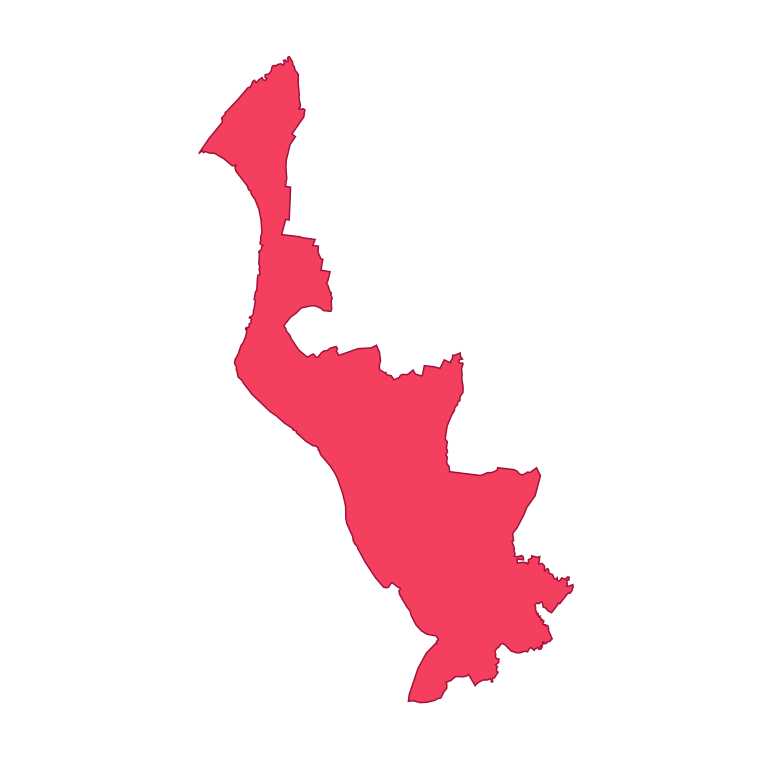 Ban Laem, Phetchaburi, Thailand, rotated 188°
{"feature_id": "78962969B10571681273524", "entity_name": "Ban Laem", "entity_type": "district", "adm_level": 2, "iso_a3": "THA", "parent_name": "Thailand", "parent_adm1": "Phetchaburi", "projection": "robinson", "projection_center": [99.981, 13.152], "detail": "fine", "context": "isolated", "style": "filled", "palette": "rose", "viewbox_px": 768, "rotation_deg": 188, "n_neighbors": 0, "source": "geoboundaries", "source_scale": "gbopen_adm2", "svg_char_len": 6154}
<svg xmlns="http://www.w3.org/2000/svg" viewBox="0 0 768 768"><g transform="rotate(188 384 384)"><path d="M186.2,180.9L181.3,189.5L181.3,191.2L179.4,190.9L172.4,202.9L170.9,202.5L169.3,205.0L168.5,209.2L169.0,211.6L173.8,209.1L174.6,209.3L174.7,211.9L175.8,214.6L173.6,215.7L173.7,218.3L175.1,218.7L177.4,216.0L181.1,216.7L182.3,214.3L183.9,213.1L185.1,213.6L185.5,216.3L186.8,214.8L188.3,214.8L190.6,218.8L194.2,219.6L195.2,223.0L196.1,223.9L196.7,223.8L198.5,221.1L199.6,222.5L199.1,223.6L199.9,226.2L202.4,228.3L205.7,227.3L205.7,234.7L208.3,233.7L213.7,234.4L213.6,231.9L216.5,230.2L216.1,226.3L216.7,225.6L218.3,227.0L219.5,226.4L220.7,227.0L227.1,225.3L227.7,229.1L221.3,229.3L222.1,232.1L223.6,233.3L228.4,231.3L231.1,231.9L230.6,233.9L232.4,237.8L231.8,238.9L235.3,245.9L233.8,246.9L235.7,253.2L235.3,254.9L232.4,259.7L227.4,273.6L225.5,281.5L218.8,294.3L216.3,314.9L221.3,322.3L227.0,316.7L229.5,316.8L233.1,313.8L235.8,313.3L237.5,313.8L239.6,315.9L243.1,317.3L259.8,316.9L259.9,314.5L261.7,313.2L264.9,311.3L269.4,310.5L274.3,307.4L276.5,306.8L306.8,306.3L308.1,311.5L310.3,313.5L311.1,315.5L311.1,320.4L312.9,322.4L311.6,325.8L313.3,329.4L313.2,335.7L315.5,337.6L315.8,338.7L315.6,351.3L312.5,363.3L310.6,367.2L310.6,370.6L308.4,373.6L308.2,376.9L306.5,378.0L306.9,382.2L304.6,386.7L305.4,392.7L307.8,400.2L308.0,404.4L309.4,410.1L308.5,415.0L309.1,415.7L311.9,415.2L313.0,416.5L312.6,418.8L309.8,419.6L312.1,422.0L312.9,425.3L318.0,422.3L319.9,422.2L319.9,418.0L321.1,416.3L321.3,414.3L327.7,416.3L330.7,407.3L336.4,408.0L346.6,407.8L347.2,398.1L347.8,397.2L354.4,398.2L357.1,401.9L362.1,396.5L367.5,396.0L369.0,394.6L369.8,392.6L374.6,389.5L378.0,393.2L382.1,393.5L383.7,394.6L383.7,395.6L384.9,395.2L390.5,397.7L391.2,402.2L390.7,406.6L391.4,409.4L393.0,415.0L396.9,421.3L401.9,417.9L414.6,415.4L432.8,406.0L435.8,410.2L434.9,412.5L436.7,414.5L442.4,411.9L444.8,409.3L448.4,408.2L450.6,405.9L453.1,401.3L455.6,401.3L457.2,403.4L458.5,403.8L463.7,399.9L473.0,405.7L482.3,416.1L484.1,419.2L487.6,422.4L489.3,425.6L491.4,427.8L485.7,437.3L480.8,442.1L476.4,447.9L466.9,451.3L463.1,451.8L457.4,450.4L454.3,448.3L446.8,448.5L446.2,450.6L447.9,458.9L447.2,461.8L449.3,465.2L448.7,466.2L449.2,467.4L450.3,467.6L453.2,473.8L454.9,475.5L454.1,477.7L453.0,487.7L462.3,487.9L461.9,499.0L463.8,499.0L467.6,505.1L468.1,511.4L473.8,511.2L472.3,517.5L484.8,517.5L488.0,518.1L506.1,517.7L504.3,533.3L500.7,533.2L503.9,565.9L509.2,566.0L508.9,574.0L511.2,584.4L511.9,592.1L510.3,608.2L506.1,616.6L510.0,618.8L500.6,637.2L500.5,644.5L502.3,645.3L505.8,644.2L506.9,645.0L505.6,646.3L505.6,648.6L508.0,655.1L508.2,658.9L510.8,669.7L511.9,678.7L516.0,682.7L516.8,685.5L519.0,687.8L519.3,690.1L523.0,694.7L524.0,694.9L524.8,693.7L524.7,692.3L523.7,691.2L523.9,689.9L525.2,689.7L526.5,691.0L528.5,690.5L527.3,688.3L528.3,685.5L530.5,686.8L533.8,685.6L535.6,683.8L536.9,684.2L538.4,683.6L539.1,682.3L539.3,678.3L541.2,674.9L544.7,673.8L544.5,671.2L542.7,670.0L543.5,668.2L546.0,668.3L547.3,670.5L550.1,668.1L552.3,664.6L554.6,666.8L556.0,665.4L556.6,665.7L555.8,664.8L556.6,663.7L556.8,661.4L557.8,660.2L557.6,659.4L560.0,658.4L568.7,644.8L578.0,631.7L579.1,630.9L578.7,629.4L581.9,624.6L580.5,622.0L581.2,619.6L591.3,603.1L599.5,586.4L596.6,589.6L594.9,588.0L593.1,589.4L589.2,588.4L584.0,588.9L573.8,584.7L564.9,579.1L563.1,579.1L560.9,580.2L561.7,577.4L560.1,574.0L546.9,561.1L545.2,557.6L542.7,556.3L542.1,554.0L538.2,549.5L537.1,549.1L537.0,548.0L532.1,539.5L528.8,529.9L528.0,529.6L528.4,528.2L526.0,517.5L526.5,512.5L526.0,508.3L526.5,507.3L526.1,505.4L523.4,504.4L523.9,504.2L524.4,499.7L526.3,498.0L526.4,497.0L525.6,496.7L524.8,486.4L524.1,484.0L522.7,482.5L523.4,481.9L523.7,480.1L523.0,479.1L522.1,475.1L523.9,474.3L524.1,471.9L523.0,458.7L524.0,457.9L524.4,449.6L523.3,449.2L523.0,447.6L523.1,440.1L523.6,439.0L523.1,435.3L524.1,432.9L526.2,431.9L526.6,430.9L524.0,429.9L524.6,428.2L524.0,426.1L525.8,424.9L525.6,421.3L527.2,420.9L527.1,419.9L527.8,419.3L528.4,420.3L528.7,419.6L528.7,418.7L527.6,418.1L527.2,416.8L527.5,412.6L529.2,405.2L530.9,402.4L532.6,393.2L534.9,387.3L534.8,383.5L532.6,380.5L532.2,377.3L531.3,376.2L529.5,370.7L525.1,367.7L523.2,365.2L513.2,355.4L492.9,340.8L485.7,337.2L476.9,331.3L468.0,327.2L467.9,326.0L464.3,325.2L464.0,323.6L453.4,316.5L445.6,312.9L443.4,313.3L440.8,312.0L440.0,311.0L440.1,309.6L438.8,308.9L437.1,305.4L425.7,295.2L420.3,289.0L416.8,283.7L410.1,270.7L406.2,261.1L404.9,257.1L403.1,245.7L401.4,240.6L393.5,228.1L392.8,224.8L390.4,221.4L387.6,219.1L387.0,217.4L377.7,204.9L365.6,191.1L356.2,182.8L353.8,182.5L351.4,183.2L349.3,187.5L348.0,188.2L341.2,184.4L339.8,184.4L339.2,183.7L340.5,180.9L338.8,177.1L330.3,166.4L326.7,162.9L324.6,158.2L318.7,149.8L312.5,144.8L306.9,142.2L297.5,141.8L296.7,141.3L294.6,138.1L295.7,137.1L296.3,135.0L295.8,134.1L296.8,134.2L304.6,123.4L310.7,107.3L315.8,80.0L315.7,73.1L311.2,74.4L303.8,73.5L296.9,74.9L289.9,77.7L286.4,80.3L284.1,80.9L281.7,87.7L279.5,91.5L280.0,95.2L281.0,97.6L279.2,98.0L278.5,99.1L277.0,99.1L272.3,104.3L265.4,105.0L261.6,106.2L259.9,108.2L251.7,97.9L250.8,99.6L248.0,102.5L244.4,104.7L240.0,105.4L238.5,107.0L236.6,105.6L236.2,103.9L234.9,104.2L235.6,106.2L235.3,108.1L233.8,108.3L230.9,114.5L232.2,114.9L233.0,117.5L232.2,119.6L234.4,121.3L231.7,124.2L232.0,127.7L233.8,127.6L235.6,128.9L235.7,132.0L237.1,134.4L235.3,138.3L234.1,138.8L231.9,143.0L230.6,143.6L227.4,142.3L221.0,137.3L215.2,136.3L211.9,136.7L207.2,139.1L204.5,138.7L203.6,141.6L202.1,143.5L198.1,141.2L197.7,142.8L196.3,143.2L195.2,144.5L194.3,144.4L193.7,142.8L191.6,143.4L191.4,144.1L192.5,146.0L192.1,146.5L190.9,145.8L191.1,147.5L190.1,148.9L191.1,150.1L189.9,150.7L188.9,149.3L187.1,149.6L186.9,150.9L183.9,152.3L182.0,155.1L186.9,163.0L187.0,165.2L188.2,167.5L189.9,167.7L190.4,167.1L190.7,168.0L193.0,168.0L193.7,169.5L192.9,170.0L192.7,171.5L194.6,172.6L195.6,172.0L195.4,172.9L196.4,174.4L197.8,174.9L197.3,175.8L198.8,175.4L199.3,177.0L200.2,176.9L199.5,178.1L201.3,179.1L202.6,182.0L202.8,184.3L204.1,185.7L202.4,188.3L199.9,188.1L197.7,190.3L196.6,189.2L195.3,185.2L193.1,184.9L189.8,182.1L186.2,180.9Z" fill="#f43f5e" stroke="#9f1239" stroke-width="1.5"/></g></svg>